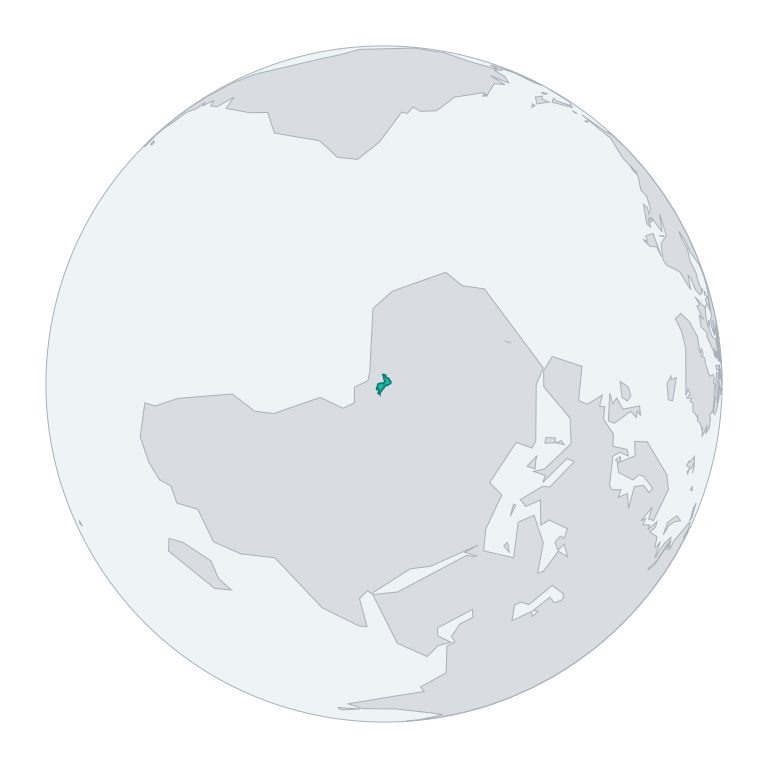 Kwara highlighted on a globe, orthographic projection, rotated 102°
{"feature_id": "NGA-2849", "entity_name": "Kwara", "entity_type": "State", "adm_level": 1, "iso_a3": "NGA", "parent_name": "Nigeria", "parent_adm1": "", "projection": "orthographic", "projection_center": [4.317, 9.059], "detail": "fine", "context": "on_globe", "style": "filled", "palette": "teal", "viewbox_px": 768, "rotation_deg": 102, "n_neighbors": 0, "source": "natural_earth", "source_scale": "10m", "svg_char_len": 10887}
<svg xmlns="http://www.w3.org/2000/svg" viewBox="0 0 768 768"><g transform="rotate(102 384 384)"><circle cx="384" cy="384" r="338" fill="#eef3f6" stroke="#a8b0b8"/><path d="M266.4,67.2L270.3,65.8L260.3,69.9L263.3,69.3L255.7,72.4L264.6,69.5L271.0,66.8L277.0,64.9L279.3,64.7L270.1,68.2L267.6,68.9L266.1,69.9L260.5,71.9L264.6,70.8L253.1,75.8L267.8,70.7L261.4,74.7L252.9,78.1L249.6,77.8L221.5,88.6L211.8,93.8L201.6,100.5L191.2,112.0L182.3,118.5L173.4,127.3L180.1,123.0L189.6,114.9L200.0,110.3L210.3,102.0L216.1,99.3L228.4,91.7L231.0,93.2L226.9,99.1L216.8,105.8L214.7,109.0L228.0,103.5L212.7,118.2L208.9,132.4L204.4,136.8L189.2,142.2L180.0,138.8L160.2,149.8L177.5,143.5L166.1,156.3L166.1,159.2L169.4,159.6L175.4,155.3L172.5,160.4L154.3,167.5L156.7,162.9L162.5,160.4L158.0,159.4L145.7,166.1L140.9,173.1L127.3,179.0L123.7,184.4L118.8,189.3L125.4,180.0L113.2,197.5L96.5,213.4L79.6,246.3L91.3,219.1L92.6,214.6L92.5,213.2L89.5,218.4L90.7,216.3L104.5,194.1L120.0,173.1L137.1,153.3L155.6,134.9L175.5,118.0L196.7,102.7L219.0,89.1L242.3,77.2L266.4,67.2ZM69.5,260.3L69.8,260.3L61.6,282.9L69.5,260.3ZM59.2,290.7L58.3,298.1L52.6,321.4L50.9,335.0L52.7,333.9L53.9,342.0L58.2,329.6L63.7,324.6L60.2,344.1L66.1,327.8L67.2,338.6L80.2,343.1L78.3,347.1L88.7,374.6L105.8,389.5L109.7,404.9L107.1,413.2L114.4,417.4L114.5,423.3L148.3,438.8L169.8,456.6L171.9,476.8L159.5,497.3L161.3,543.4L142.6,554.2L146.6,572.1L147.2,595.7L134.7,590.4L147.4,604.9L148.0,611.2L142.3,609.7L149.2,618.7L145.5,617.3L153.6,624.5L159.5,634.0L171.7,644.5L179.0,651.9L187.2,658.0L185.5,657.1L187.0,658.4L191.1,661.4L184.5,656.8L163.2,639.8L158.0,635.1L155.6,633.0L140.8,617.8L142.6,620.2L120.7,594.4L107.5,574.0L77.6,510.2L71.4,496.1L61.7,477.0L49.0,423.8L48.2,404.9L47.3,394.6L50.6,369.5L52.5,342.6L52.1,337.8L49.9,346.5L51.1,326.5L55.3,305.6L55.6,304.5L59.2,290.7ZM74.4,257.4L73.4,278.3L69.2,277.6L70.9,275.1L72.1,267.2L72.8,258.9L70.5,260.2L74.4,257.4ZM84.6,241.2L84.4,239.1L85.3,239.8L84.6,241.2ZM226.1,91.6L227.2,91.7L224.3,93.0L226.1,91.6ZM230.4,88.5L226.4,90.1L227.8,88.9L230.3,87.9L230.4,88.5ZM235.1,87.1L230.9,86.6L233.5,84.6L245.2,79.7L235.1,87.1ZM272.0,66.2L265.3,69.0L268.7,67.1L272.0,66.2ZM298.1,57.2L299.6,56.8L293.7,58.5L285.7,60.9L293.5,58.8L272.6,65.6L273.9,64.5L298.1,57.2ZM279.6,64.0L279.0,63.8L288.5,60.6L291.5,60.6L287.4,61.6L279.6,64.0ZM305.5,55.3L300.6,56.6L299.7,56.8L305.5,55.3ZM286.5,62.2L292.7,60.8L290.4,62.2L280.9,64.1L286.5,62.2ZM289.7,60.0L294.3,58.6L292.7,59.3L289.7,60.0ZM285.6,67.7L284.6,66.8L289.5,65.0L285.6,67.7ZM295.2,60.2L296.0,59.7L297.8,59.1L301.3,58.6L295.2,60.2ZM305.5,55.5L306.3,55.4L310.9,54.1L315.4,53.4L306.2,55.7L312.0,54.4L313.4,54.2L304.4,56.4L305.5,55.5ZM310.3,56.4L300.2,60.0L300.9,61.7L296.6,63.2L296.2,60.3L310.3,56.4ZM307.6,56.1L308.3,56.5L302.6,57.8L298.6,58.4L307.6,56.1ZM321.7,52.2L317.2,52.8L319.4,52.3L321.7,52.2ZM311.6,56.5L314.0,55.7L312.3,56.4L311.6,56.5ZM319.9,53.1L318.0,53.2L320.5,52.6L319.9,53.1ZM320.4,54.3L317.2,55.3L314.3,55.5L320.4,54.3ZM321.1,53.5L325.0,52.7L315.3,55.0L319.8,53.6L321.1,53.5ZM322.6,52.6L323.4,52.3L323.0,52.6L322.6,52.6ZM333.0,53.2L321.5,56.0L315.3,56.4L327.3,53.5L333.0,53.2ZM186.9,658.4L192.1,662.1L187.9,658.7L201.3,667.2L202.0,668.4L187.8,659.1L186.9,658.4ZM194.0,660.0L195.2,658.9L198.4,660.8L198.3,662.1L194.0,660.0ZM706.9,284.5L708.8,291.9L705.0,279.7L695.2,257.4L695.8,268.0L699.4,305.0L705.9,337.1L704.4,353.0L687.7,310.2L676.4,280.8L672.8,285.2L653.6,263.2L627.4,267.9L621.5,260.8L617.0,265.6L603.2,260.0L593.5,248.5L586.1,250.6L611.5,281.0L619.2,279.0L622.7,265.0L628.5,276.5L641.6,285.2L634.7,317.2L592.3,351.2L584.7,327.6L534.5,267.6L534.1,260.3L533.7,259.5L532.9,258.1L531.9,270.1L522.1,258.6L552.6,300.6L559.2,319.7L591.7,352.8L589.5,357.0L598.9,363.4L624.9,350.1L625.8,358.2L615.7,398.0L576.6,454.7L579.9,488.5L573.8,518.0L545.2,540.1L543.5,561.9L528.1,571.1L524.3,583.5L509.6,597.6L486.6,611.4L452.0,614.0L453.1,603.1L440.9,582.5L425.3,530.3L437.5,504.9L435.8,485.7L410.4,443.5L416.2,419.0L408.6,409.1L393.3,412.2L384.1,400.4L374.5,400.5L312.3,410.5L291.4,394.9L261.9,346.9L271.7,327.7L270.1,305.6L335.2,231.5L352.8,235.0L408.3,223.7L415.9,225.9L413.5,242.4L458.4,260.2L468.1,245.7L504.7,254.3L526.5,252.0L527.0,221.1L491.3,224.0L481.1,210.0L506.5,195.1L537.1,194.4L534.1,189.1L511.3,178.7L514.9,168.5L503.1,174.5L510.4,179.4L503.2,183.8L496.0,179.7L497.6,175.9L487.4,174.4L482.7,194.2L489.6,201.3L465.0,206.9L474.3,219.8L468.8,226.6L451.1,207.6L450.2,200.2L420.2,181.7L418.9,189.6L447.2,208.2L439.9,207.1L438.4,219.7L433.8,209.2L403.3,188.6L378.8,194.9L353.5,227.1L337.9,230.6L322.2,225.2L325.5,194.1L359.9,190.2L361.5,180.7L349.4,168.1L360.9,168.5L360.2,163.4L372.7,162.0L385.4,149.1L397.3,147.2L397.5,132.6L403.7,130.1L401.8,139.1L406.9,145.1L436.0,142.4L440.2,139.1L438.0,130.2L446.3,131.3L440.4,123.2L454.8,119.0L432.3,117.8L429.1,109.1L435.2,102.2L430.1,99.5L420.2,111.0L419.9,116.1L426.1,120.5L421.8,136.1L412.8,139.3L402.1,123.4L388.1,126.9L385.9,114.4L413.9,88.5L428.1,83.8L461.5,92.1L461.0,97.1L448.7,96.1L464.4,104.2L461.1,100.0L468.0,101.4L466.6,94.8L471.4,95.6L461.9,88.4L467.7,88.7L473.6,93.2L476.5,85.2L487.2,85.1L485.6,83.1L480.8,80.9L497.5,83.0L495.5,81.5L489.3,80.1L481.3,76.4L473.8,71.2L480.0,72.2L483.6,74.2L500.4,80.6L508.9,86.8L510.7,86.8L504.7,81.8L484.2,73.8L477.9,70.4L487.8,73.5L483.7,72.1L482.6,70.8L487.2,70.8L476.4,67.4L454.9,56.0L461.7,56.0L472.9,59.2L464.5,55.8L488.5,62.6L511.8,71.2L534.5,81.4L556.4,93.3L577.3,106.8L597.2,121.8L615.9,138.2L633.3,155.9L649.4,174.9L664.1,195.0L677.3,216.1L688.8,238.2L698.7,261.0L706.9,284.5ZM317.5,268.4L316.8,275.0L317.5,268.4ZM573.0,210.3L589.0,209.7L575.7,192.2L580.7,190.9L574.3,185.9L574.6,191.0L558.1,177.4L562.8,171.7L557.7,164.5L552.1,164.5L546.1,177.6L569.7,196.5L568.7,204.4L573.0,210.3ZM80.7,343.0L81.9,347.3L79.4,346.6L80.7,343.0ZM66.2,284.9L67.1,286.4L66.8,289.8L65.6,290.0L66.2,284.9ZM80.3,294.1L82.6,297.0L79.1,297.2L80.3,294.1ZM73.8,281.1L78.3,292.5L71.9,295.6L69.4,288.8L72.5,288.8L73.8,281.1ZM79.2,251.3L79.2,253.3L77.5,256.5L79.2,251.3ZM85.3,241.8L84.9,241.9L85.9,238.8L85.3,241.8ZM167.2,155.8L168.6,155.5L170.7,156.9L167.5,158.4L167.2,155.8ZM194.0,152.6L188.6,161.0L190.2,155.6L184.6,158.7L180.8,152.2L202.0,138.8L193.1,145.7L194.0,152.6ZM181.7,141.1L181.7,145.8L180.9,141.2L181.7,141.1ZM344.2,140.0L350.0,142.5L347.6,148.3L332.4,153.6L335.8,144.9L344.2,140.0ZM358.9,145.1L352.4,129.5L361.6,126.5L357.5,130.6L364.3,130.3L359.5,137.0L374.6,150.6L373.4,156.8L346.1,161.3L355.7,156.0L349.4,153.4L358.9,145.1ZM319.8,103.7L317.1,99.4L340.4,98.2L340.3,102.5L325.1,107.2L316.5,105.0L319.8,103.7ZM256.5,79.5L254.0,79.7L256.6,78.5L260.8,77.3L256.5,79.5ZM284.7,67.5L270.3,78.1L266.6,78.7L262.5,85.6L251.4,89.9L254.4,85.0L242.7,94.2L241.0,91.6L234.1,97.9L242.1,86.6L240.0,85.5L246.6,84.9L256.9,80.8L260.7,78.7L270.1,72.2L270.9,68.7L281.2,64.9L288.3,63.3L289.7,63.5L282.6,65.7L289.6,64.5L280.3,67.9L284.7,67.5ZM365.8,59.1L356.9,59.2L369.4,61.9L360.2,63.5L362.3,63.7L357.2,66.2L354.5,69.9L349.7,70.4L350.8,71.7L347.4,73.8L347.3,75.9L338.6,77.9L337.7,80.9L334.1,80.1L334.8,84.9L330.4,82.4L325.7,85.5L332.5,86.3L286.3,96.3L270.3,104.1L259.4,112.6L253.3,108.3L259.6,98.3L272.6,87.2L288.8,81.0L283.1,80.8L289.2,77.9L291.1,79.3L291.7,75.6L297.3,73.8L308.8,67.0L306.2,63.9L310.4,61.8L314.1,62.1L315.6,59.9L325.5,59.3L328.7,58.0L341.7,56.7L347.1,58.9L350.3,57.3L360.3,56.9L365.8,59.1ZM336.6,52.9L345.2,54.0L344.3,55.8L322.1,57.6L317.9,58.9L303.6,61.1L305.1,58.7L309.1,58.2L313.2,57.2L311.1,58.3L315.9,56.7L321.5,56.1L326.8,54.9L328.1,55.5L336.6,52.9ZM422.2,219.4L427.6,219.7L435.6,218.5L434.7,226.9L422.2,219.4ZM401.1,205.4L405.7,204.0L408.4,214.3L402.8,214.4L401.1,205.4ZM405.9,195.1L405.7,203.2L402.4,198.9L405.9,195.1ZM405.8,137.8L410.4,136.4L411.8,138.4L410.3,141.7L405.8,137.8ZM401.1,70.9L396.1,69.8L396.9,69.0L390.5,65.2L396.8,64.3L403.2,66.2L401.1,70.9ZM522.3,226.7L517.5,233.1L513.5,230.6L516.0,228.8L522.3,226.7ZM475.1,230.0L487.0,233.0L474.7,232.3L475.1,230.0ZM406.9,69.3L403.5,67.7L408.8,68.3L406.9,69.3ZM401.1,63.5L406.9,63.8L396.8,63.8L401.1,63.5ZM585.8,649.5L583.6,652.6L580.8,653.6L585.8,649.5ZM619.2,507.2L592.1,560.1L579.7,562.1L580.8,547.7L593.1,516.3L608.6,505.5L617.2,490.5L619.2,507.2ZM706.8,339.9L711.6,357.9L710.1,362.1L706.8,339.9ZM456.2,65.5L458.1,71.2L463.6,76.1L473.4,79.5L460.5,77.8L451.9,70.1L456.2,65.5ZM454.4,56.7L445.9,54.7L448.9,54.8L451.3,55.2L454.4,56.7ZM449.8,56.1L440.6,55.5L435.4,53.9L443.6,54.6L449.8,56.1ZM424.1,60.5L424.2,62.1L419.9,61.4L424.1,60.5Z" fill="#d9dde1" stroke="#a8b0b8" stroke-width="1"/><path d="M379.3,379.3L379.6,379.0L379.8,378.7L379.9,378.1L380.0,377.9L380.2,377.7L380.8,377.6L381.7,377.6L382.1,377.6L382.2,377.8L384.2,380.1L384.3,380.1L384.6,380.2L384.7,380.6L384.6,381.1L384.6,381.5L384.8,381.8L385.2,381.8L385.7,381.9L385.8,382.1L385.8,382.3L385.8,382.5L386.0,382.6L386.3,382.7L386.5,382.7L386.6,382.8L386.6,383.0L386.5,383.4L386.6,383.5L386.8,383.5L387.0,383.5L387.2,383.4L387.5,383.3L387.9,383.2L388.0,383.2L388.2,383.3L388.3,383.3L388.5,383.5L388.8,383.6L389.0,383.8L389.1,384.0L389.2,384.3L389.3,384.3L389.8,384.4L390.2,384.4L390.3,384.4L390.4,384.5L390.6,384.6L390.8,384.7L391.0,384.7L391.1,384.8L391.3,384.9L391.4,385.0L391.5,385.1L391.6,385.3L391.8,385.4L392.1,385.4L392.3,385.4L392.4,385.6L392.5,385.7L392.6,385.8L393.0,385.8L393.3,385.9L393.6,385.8L394.3,385.7L394.4,385.8L394.5,385.8L394.7,386.0L395.1,385.9L394.8,386.2L394.6,387.1L394.5,387.7L394.4,387.8L394.3,388.0L394.1,388.0L393.5,387.9L392.7,387.8L392.1,387.7L391.5,387.5L391.2,387.2L390.7,387.3L390.1,388.2L390.0,388.4L390.2,388.7L390.3,388.8L390.4,389.0L390.7,389.2L391.1,389.5L391.1,389.8L390.5,389.8L390.3,389.9L390.2,390.1L390.1,390.4L389.7,390.4L389.3,390.4L388.9,390.1L388.6,390.3L388.5,390.2L388.4,390.1L387.9,390.1L387.6,389.8L387.4,389.8L387.2,389.9L386.8,389.9L386.6,389.9L386.5,390.0L386.2,390.1L385.8,390.0L385.4,390.0L385.2,390.0L385.1,389.8L385.0,389.3L384.7,388.9L384.5,388.7L384.2,388.4L384.1,387.6L383.8,387.3L383.3,386.2L383.2,385.8L383.3,385.4L383.5,385.3L383.5,385.2L383.9,384.9L384.1,384.6L384.0,384.4L383.7,384.6L383.1,384.5L382.4,384.2L382.2,384.1L381.9,383.9L381.8,383.6L381.6,383.4L381.4,383.3L381.1,383.3L380.8,383.5L380.7,383.8L380.6,384.2L380.5,384.3L380.4,384.4L379.2,385.0L378.9,385.2L378.7,385.3L378.4,385.5L377.7,385.8L377.5,385.7L377.4,385.6L377.2,385.7L377.0,385.8L376.8,386.0L376.7,386.1L376.4,386.2L376.1,386.5L375.9,386.7L375.4,386.8L375.2,386.8L374.9,387.1L374.7,385.7L374.8,385.5L374.9,385.4L374.9,385.2L374.9,384.9L374.9,384.7L375.0,384.7L375.0,384.1L375.4,384.0L375.5,384.0L375.6,383.9L375.9,383.9L376.0,383.9L376.2,384.0L376.6,383.9L376.8,383.8L376.9,383.6L377.1,383.0L377.2,382.8L377.2,382.6L377.2,382.3L377.2,382.2L377.1,381.8L377.1,381.6L377.3,381.4L377.8,380.9L377.7,380.8L377.7,380.7L377.8,380.6L378.0,380.6L378.3,380.5L378.3,380.3L378.3,380.2L378.2,380.0L378.2,379.9L378.2,379.7L378.3,379.5L378.8,379.4L379.0,379.3L379.3,379.3Z" fill="#14b8a6" stroke="#0f766e" stroke-width="1.5"/></g></svg>